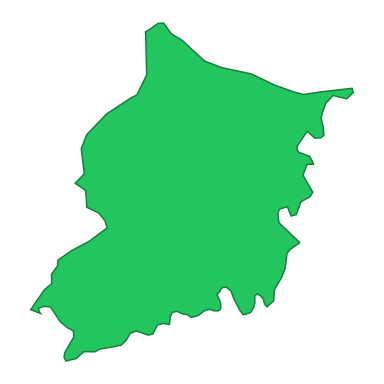 Boinsen, Bong, Liberia (Natural Earth projection)
{"feature_id": "62588387B25170598917016", "entity_name": "Boinsen", "entity_type": "district", "adm_level": 2, "iso_a3": "LBR", "parent_name": "Liberia", "parent_adm1": "Bong", "projection": "natural_earth1", "projection_center": [-9.229, 6.691], "detail": "fine", "context": "isolated", "style": "filled", "palette": "green", "viewbox_px": 384, "rotation_deg": 0, "n_neighbors": 0, "source": "geoboundaries", "source_scale": "gbopen_adm2", "svg_char_len": 2611}
<svg xmlns="http://www.w3.org/2000/svg" viewBox="0 0 384 384"><path d="M352.0,88.3L319.8,92.0L303.9,94.5L293.9,92.0L287.8,89.8L274.4,85.0L252.9,74.7L251.4,74.0L226.0,68.5L220.9,67.4L205.0,61.2L201.0,57.7L194.0,51.4L182.6,40.7L177.9,37.8L171.3,33.7L170.0,32.0L163.5,23.0L157.8,23.5L150.0,29.2L145.4,31.9L145.7,34.0L146.7,74.8L145.8,76.8L136.8,95.0L133.9,96.4L130.9,97.9L106.5,114.0L93.0,128.2L86.7,134.7L81.3,148.5L82.1,155.4L83.0,163.3L84.3,173.8L75.2,183.3L85.7,190.5L86.7,205.9L86.7,207.2L98.7,213.0L105.1,221.0L106.5,225.8L107.1,227.9L91.0,239.9L89.2,241.2L70.9,251.0L59.2,259.3L58.0,260.2L57.5,265.9L51.6,274.0L51.6,283.8L44.6,289.5L36.2,301.6L30.7,309.7L31.5,310.0L40.4,313.4L39.4,312.1L39.1,310.7L38.6,308.5L40.7,307.5L43.9,306.4L50.5,306.9L51.3,308.1L52.9,310.5L53.4,311.2L53.6,311.6L55.3,314.2L60.2,321.8L68.0,328.1L71.6,329.6L72.2,330.6L73.5,331.1L73.5,332.4L73.7,337.1L67.8,347.3L64.7,352.7L64.1,357.5L65.9,361.0L73.0,359.3L76.2,358.6L79.8,355.1L83.4,352.3L84.1,351.4L84.8,351.8L86.1,351.6L92.1,351.8L95.3,351.7L99.8,349.0L110.6,347.3L121.2,345.2L126.1,340.3L127.7,337.7L130.1,333.5L136.2,331.0L139.9,332.1L143.3,333.4L148.4,335.1L152.8,334.1L155.5,328.9L156.8,326.2L157.3,325.1L162.7,323.5L165.7,323.9L168.4,324.2L169.4,324.4L170.2,317.2L172.1,312.8L173.1,312.2L176.9,311.4L182.8,314.0L187.1,314.5L190.9,317.2L193.2,317.1L197.9,315.6L204.9,310.6L209.6,309.3L214.4,310.9L218.0,310.8L219.2,310.5L220.7,308.7L220.7,303.0L217.0,294.4L217.9,293.5L220.1,291.3L220.1,290.3L222.7,287.4L224.2,287.4L226.6,287.2L231.0,291.1L234.1,299.4L240.1,310.7L242.0,313.2L243.3,314.7L245.1,314.2L245.9,314.5L247.0,313.6L250.6,312.6L252.4,309.5L253.6,307.6L254.9,302.7L254.8,297.1L254.7,296.2L255.9,295.1L257.0,294.2L257.6,293.8L258.4,294.5L258.7,294.7L261.6,296.7L262.1,297.8L263.5,299.1L263.7,301.5L265.2,305.1L267.1,306.8L268.7,305.3L269.5,304.6L271.4,302.9L273.6,300.9L274.5,289.4L280.5,279.4L281.5,277.6L285.1,268.5L286.1,260.8L287.1,253.0L288.2,251.8L290.3,249.3L294.3,246.6L299.4,242.9L299.5,242.6L299.6,242.4L279.4,223.2L279.3,222.4L278.8,221.9L278.5,218.7L277.9,213.0L278.3,212.0L279.7,209.1L287.4,206.7L289.9,213.0L291.1,216.0L293.8,215.3L296.1,214.6L297.0,212.3L301.1,201.7L305.7,199.1L309.9,196.8L312.8,192.3L302.9,175.1L303.9,172.7L307.2,164.3L308.9,164.3L313.5,164.3L313.6,163.9L309.7,156.4L309.1,156.2L298.8,152.3L297.0,149.8L297.3,147.4L297.4,145.8L306.4,132.5L307.4,131.4L310.8,134.5L314.3,137.7L314.6,138.0L320.5,138.0L323.9,135.4L323.2,127.3L321.1,118.1L322.7,111.8L325.9,103.2L333.0,95.5L345.5,98.5L346.6,98.8L350.3,95.4L353.3,92.6L352.0,88.3Z" fill="#22c55e" stroke="#15803d" stroke-width="1.5"/></svg>